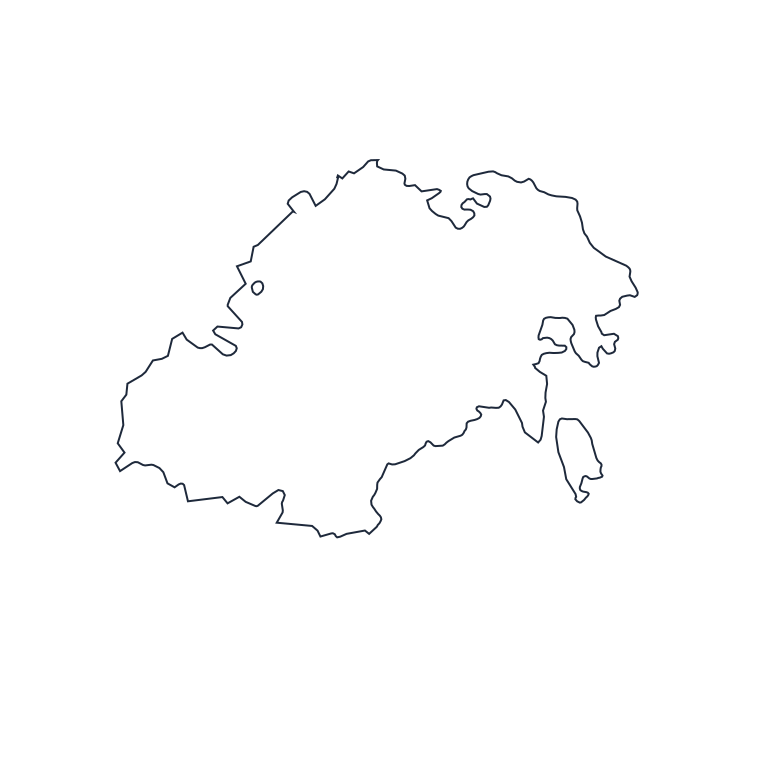 SVG path tracing the border of Burgos, rotated 57°
{"feature_id": "ESP-5810", "entity_name": "Burgos", "entity_type": "Autonomous Community", "adm_level": 1, "iso_a3": "ESP", "parent_name": "Spain", "parent_adm1": "", "projection": "orthographic", "projection_center": [-3.389, 42.329], "detail": "fine", "context": "isolated", "style": "outline", "palette": "slate", "viewbox_px": 768, "rotation_deg": 57, "n_neighbors": 0, "source": "natural_earth", "source_scale": "10m", "svg_char_len": 6167}
<svg xmlns="http://www.w3.org/2000/svg" viewBox="0 0 768 768"><g transform="rotate(57 384 384)"><path d="M517.0,286.6L501.3,292.2L495.3,291.1L491.8,289.5L476.9,287.8L467.2,289.0L463.8,290.6L462.9,292.6L465.5,296.3L466.3,298.5L466.4,300.7L465.0,303.1L462.1,306.9L461.2,308.8L454.4,316.5L454.1,318.8L455.1,320.0L457.0,320.2L458.8,319.4L460.8,319.0L462.6,319.1L463.8,320.5L464.4,322.4L464.2,324.9L463.5,327.6L462.0,331.4L461.4,334.0L462.0,336.1L465.4,338.5L466.7,340.1L467.3,342.1L468.5,344.0L469.2,346.0L469.1,347.9L467.2,354.2L467.0,361.1L467.2,363.6L467.7,365.9L467.7,368.3L464.1,374.7L462.7,375.9L458.2,376.8L456.0,378.0L455.6,379.7L456.5,381.4L457.9,383.0L458.3,385.3L458.2,390.7L459.3,395.5L460.1,397.7L460.6,402.3L459.9,408.7L457.4,418.4L455.9,421.0L453.1,423.4L453.2,425.0L460.9,436.7L461.5,439.0L463.1,443.1L464.7,444.5L468.2,446.9L470.7,450.6L471.8,452.7L472.5,454.8L474.9,458.4L478.4,460.2L481.4,460.3L483.2,460.1L486.6,460.1L490.0,459.7L492.1,459.2L494.1,459.2L496.0,459.9L497.2,461.6L498.3,463.7L498.8,465.9L499.8,467.7L501.6,478.1L496.5,479.8L489.3,497.0L488.2,503.9L487.1,506.8L485.3,507.3L483.2,507.1L481.3,508.2L480.6,509.6L477.3,520.4L470.8,519.6L463.9,521.6L441.9,549.5L436.5,539.0L434.9,537.7L428.7,534.9L427.6,533.8L426.7,532.1L423.1,527.7L418.7,527.2L415.4,530.3L415.2,536.9L417.4,556.2L417.1,557.4L416.3,558.3L407.5,564.2L399.8,566.7L398.9,580.2L390.8,581.1L375.6,612.3L359.9,606.7L358.0,607.2L356.8,608.7L356.4,610.9L356.6,615.9L349.4,619.7L337.8,617.1L332.2,618.1L326.4,621.5L325.0,623.0L322.2,628.7L320.7,630.2L315.5,633.1L313.8,635.4L313.2,638.2L313.3,652.8L303.8,652.0L300.2,639.0L288.7,639.6L276.5,625.0L255.4,613.7L252.6,605.9L244.0,599.0L244.8,582.6L244.0,577.3L238.4,565.0L241.9,556.6L242.7,549.9L230.8,537.1L231.2,525.0L239.3,525.3L252.0,520.4L253.6,518.9L254.9,516.9L255.6,514.2L256.2,508.3L257.2,506.8L271.3,503.0L274.4,500.6L276.3,496.8L276.4,493.3L275.6,490.2L273.8,488.0L271.3,487.5L250.4,498.4L246.1,498.2L245.1,492.4L258.2,475.7L258.6,472.9L256.9,470.3L254.6,469.3L233.6,472.7L232.4,471.9L228.1,466.0L224.6,445.4L205.2,443.2L208.6,429.0L197.9,418.6L198.7,414.1L189.6,366.4L190.6,365.7L180.4,366.6L178.2,364.0L177.4,359.4L177.6,349.2L178.8,346.0L181.0,343.8L184.0,342.9L197.4,344.3L196.9,333.0L193.2,319.3L190.4,314.9L185.6,309.8L185.1,310.5L184.0,309.1L188.9,307.0L186.5,297.9L191.0,294.4L190.7,283.3L188.7,276.1L189.2,273.1L192.9,267.1L193.3,268.3L194.8,269.6L197.8,271.2L203.9,267.4L211.5,257.8L217.5,254.0L220.5,253.1L223.5,254.3L226.9,257.6L228.2,258.0L230.1,257.2L231.7,255.0L234.1,249.7L242.9,247.6L249.4,233.4L251.2,232.0L253.0,231.2L253.6,232.0L253.9,233.7L254.2,242.8L253.5,247.8L261.4,250.1L265.1,249.5L269.5,248.1L272.3,246.8L280.1,239.5L284.1,238.7L291.9,238.7L294.0,237.5L295.3,235.6L295.6,233.5L295.4,231.4L294.8,229.9L293.2,226.6L292.7,224.2L292.9,221.0L292.7,218.5L291.9,216.4L290.0,215.3L287.7,215.1L285.0,216.5L283.3,218.7L281.5,221.6L279.7,222.8L277.7,222.8L276.1,221.5L275.3,219.6L275.2,217.4L274.3,213.8L275.0,212.3L276.3,211.0L276.5,209.5L276.8,208.2L283.3,207.8L290.1,203.5L291.4,201.2L290.9,199.3L288.1,195.2L286.5,193.7L284.5,193.0L280.7,194.3L279.6,196.0L277.7,199.9L276.0,201.5L270.2,205.0L266.0,206.4L263.8,206.3L261.6,205.4L259.7,203.9L258.3,202.0L257.3,199.7L257.3,197.4L257.6,195.2L262.9,180.7L265.1,176.7L266.9,175.3L268.7,174.5L272.9,171.8L277.6,166.7L281.1,164.7L284.6,163.6L286.9,162.3L289.6,159.3L290.5,156.3L290.7,150.9L292.2,149.8L294.1,149.2L296.3,149.0L302.8,149.6L304.9,149.2L306.9,148.3L310.4,145.2L314.5,142.9L317.1,140.7L320.5,137.2L325.9,129.9L330.4,125.0L333.7,122.9L336.2,122.6L338.2,123.5L341.7,126.2L343.6,127.3L350.2,128.3L356.5,130.1L362.6,132.9L366.9,133.9L371.0,133.5L377.7,134.5L384.0,133.9L397.9,128.6L416.7,116.4L419.0,115.6L421.0,115.2L422.6,115.5L423.9,116.2L427.7,119.6L432.7,120.4L440.3,120.5L445.3,121.3L446.5,122.2L447.4,123.3L447.5,126.3L443.5,129.4L442.3,131.9L440.6,136.7L441.0,139.5L442.3,141.3L446.2,142.9L447.5,145.1L447.3,148.7L446.1,154.3L446.1,161.7L444.6,165.0L443.3,167.0L442.3,169.0L443.4,170.1L445.3,171.1L452.2,173.0L458.8,173.4L460.4,173.9L463.0,172.8L467.1,163.8L471.3,161.8L473.1,162.5L474.2,163.8L474.4,167.4L475.9,169.3L480.2,170.7L482.0,172.5L482.4,174.3L481.9,176.9L481.2,178.8L479.8,180.3L473.5,181.3L470.7,181.1L470.7,183.9L473.9,187.9L476.9,189.9L483.4,192.2L484.5,194.2L484.9,195.9L484.4,197.5L483.7,198.8L482.5,199.8L479.5,200.7L477.7,200.8L474.8,203.5L473.1,204.8L471.2,205.2L466.4,205.3L462.7,206.3L460.6,206.3L451.8,204.7L449.7,204.0L447.9,203.1L446.6,201.5L445.6,197.5L444.2,195.9L442.2,194.8L437.2,193.7L429.1,194.6L427.1,196.3L425.5,198.4L424.5,200.5L421.9,204.3L418.7,207.8L417.5,210.0L416.7,212.1L416.5,214.2L417.4,215.9L420.6,218.9L427.5,227.9L429.1,229.1L430.7,229.8L431.9,229.0L432.4,227.4L432.1,225.7L434.0,221.9L435.6,220.3L437.4,219.3L439.5,218.8L443.8,219.0L445.6,217.9L447.2,216.2L450.3,211.5L452.4,211.0L454.0,212.1L454.8,214.3L454.4,217.8L452.8,220.9L450.4,224.9L447.9,228.2L446.5,231.1L445.7,233.5L445.5,235.8L446.5,237.7L447.9,239.5L449.5,241.0L450.7,243.1L450.0,245.8L449.1,248.2L451.9,248.1L452.9,248.5L458.7,246.7L465.5,243.4L472.8,247.2L479.2,253.2L483.6,256.3L487.1,257.9L492.9,265.1L498.6,267.7L513.5,280.1L516.0,283.0L517.0,286.6ZM235.3,443.8L238.9,442.8L239.8,442.1L240.3,440.8L239.8,436.6L238.5,433.9L236.1,432.0L233.3,431.2L230.9,431.8L230.0,432.8L229.2,434.1L228.7,435.6L228.6,437.3L229.3,440.2L230.0,441.5L231.0,442.3L235.3,443.8ZM535.8,239.4L541.9,239.9L544.4,240.5L547.7,242.0L561.7,246.2L564.5,246.5L566.7,246.1L568.6,245.4L570.1,245.5L571.3,246.3L572.1,247.6L573.5,248.9L575.5,250.3L577.4,250.7L579.8,250.6L580.5,251.5L580.1,254.0L579.5,255.4L579.2,256.8L577.1,261.1L576.3,262.3L575.1,263.2L572.2,264.1L571.1,264.9L570.6,266.2L570.5,267.6L571.4,268.9L574.8,272.6L577.1,275.9L578.5,276.8L580.0,277.1L581.4,276.5L582.7,275.6L584.9,273.2L586.1,272.3L587.5,272.1L588.3,273.0L589.0,274.7L589.3,276.6L590.2,279.3L590.6,283.2L590.1,284.4L587.6,285.9L584.9,286.3L583.8,285.4L583.3,284.3L580.6,283.3L563.1,283.0L551.7,278.3L536.2,274.9L522.2,268.5L516.1,263.9L510.5,258.2L509.4,255.7L509.8,253.6L513.1,249.8L517.7,242.5L519.0,241.1L521.4,240.4L535.8,239.4Z" fill="none" stroke="#1e293b" stroke-width="2"/></g></svg>